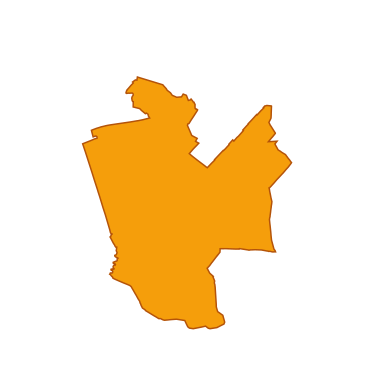 Galgauskas pag., Gulbene, Latvia, rotated 323°
{"feature_id": "27541924B87503038984023", "entity_name": "Galgauskas pag.", "entity_type": "district", "adm_level": 2, "iso_a3": "LVA", "parent_name": "Latvia", "parent_adm1": "Gulbene", "projection": "albers", "projection_center": [26.584, 57.171], "detail": "fine", "context": "isolated", "style": "filled", "palette": "amber", "viewbox_px": 384, "rotation_deg": 323, "n_neighbors": 0, "source": "geoboundaries", "source_scale": "gbopen_adm2", "svg_char_len": 5701}
<svg xmlns="http://www.w3.org/2000/svg" viewBox="0 0 384 384"><g transform="rotate(323 192 192)"><path d="M307.2,171.1L306.4,170.3L303.8,167.9L302.1,167.3L301.9,167.1L299.8,167.5L299.9,168.0L298.0,168.3L295.7,168.6L292.6,169.2L290.3,169.6L290.3,169.1L288.8,169.3L286.4,169.8L283.1,170.4L277.8,171.3L277.7,171.7L275.6,172.0L269.9,173.1L270.0,173.9L267.5,174.4L262.6,175.4L260.7,175.5L256.1,176.5L256.1,176.4L255.9,174.9L250.2,176.0L250.0,176.6L247.4,177.0L245.0,177.5L242.0,177.9L241.9,177.6L236.5,178.5L229.5,179.7L229.5,180.1L227.9,180.4L224.8,180.8L218.8,181.8L218.3,180.2L218.0,178.9L215.3,169.4L214.4,166.0L213.8,163.7L212.9,159.7L218.4,158.5L220.7,158.1L223.5,157.7L226.8,157.1L225.3,153.7L228.4,152.3L226.3,147.8L225.8,146.7L226.2,145.1L226.3,144.7L227.3,140.6L228.4,136.1L229.7,135.1L230.8,135.5L234.1,134.2L235.2,133.8L238.9,132.5L243.5,130.8L244.9,130.3L245.9,129.8L245.6,128.5L245.1,128.4L244.8,127.2L245.5,126.0L247.2,123.8L247.3,122.2L247.6,121.8L247.6,121.3L247.1,120.6L247.3,119.9L247.2,117.2L246.3,117.5L244.2,116.7L245.7,111.4L243.9,108.5L240.9,109.7L236.7,107.1L236.4,106.4L234.4,102.9L234.5,99.9L234.0,98.0L233.4,95.9L233.4,95.6L233.6,94.4L233.5,93.9L233.6,93.7L233.3,90.7L233.2,88.8L218.8,69.0L217.6,67.3L215.3,69.5L214.2,68.4L210.7,68.4L210.8,69.0L210.7,69.6L206.9,70.2L206.7,70.3L201.5,71.4L201.5,71.5L201.4,71.6L201.2,71.7L200.9,71.7L200.6,71.8L200.4,72.0L200.2,72.1L198.9,73.1L198.9,73.3L198.9,73.6L199.1,73.9L199.2,74.0L200.5,74.6L201.3,75.3L203.8,77.0L204.0,77.3L204.0,77.5L204.0,77.9L204.0,78.1L203.8,78.6L203.5,79.1L203.3,79.3L203.0,79.4L202.4,79.6L201.9,79.7L201.6,79.9L201.2,80.1L200.4,80.8L200.2,81.1L200.0,81.4L199.7,82.1L199.4,82.5L199.3,82.9L199.1,83.6L199.1,83.9L199.1,84.2L199.2,84.5L199.4,84.6L197.5,87.0L196.2,88.7L200.4,93.9L200.7,96.3L201.5,99.7L201.9,101.4L203.1,101.6L203.7,103.6L202.9,104.9L202.8,106.8L202.7,106.9L202.7,107.4L199.1,105.9L196.0,104.6L193.3,103.3L192.0,102.7L190.4,101.8L187.7,100.4L184.8,98.9L168.2,89.8L166.1,88.7L164.1,87.7L163.0,87.2L161.1,86.4L158.4,85.2L157.1,84.8L154.1,83.7L150.0,82.5L148.8,82.2L148.2,83.6L146.2,88.5L148.0,89.0L148.3,89.2L148.7,89.3L148.9,89.5L149.3,90.0L149.4,90.6L149.3,90.9L149.1,91.2L148.5,91.9L148.4,91.8L146.6,91.2L146.2,91.0L142.4,90.1L133.7,87.7L132.9,90.1L131.4,94.5L131.3,94.9L126.3,109.3L124.0,115.9L121.0,124.3L119.0,130.1L118.0,133.0L117.1,135.4L115.8,139.2L115.6,139.8L111.5,151.0L109.1,158.0L103.6,172.6L102.4,175.4L102.3,176.7L102.3,176.8L102.7,177.1L103.4,177.6L102.7,177.5L101.7,177.5L101.5,177.8L100.3,178.5L100.2,178.7L100.0,178.8L99.8,178.8L99.5,178.7L99.3,180.1L98.3,186.1L98.3,186.5L98.3,186.8L98.4,187.0L97.9,189.3L98.1,189.9L98.0,190.1L98.0,190.3L98.3,190.4L98.4,190.5L98.7,190.8L98.3,191.1L97.4,192.1L96.8,192.7L96.5,192.9L96.3,193.1L96.2,193.3L96.0,193.9L95.9,194.5L95.8,194.8L95.7,195.2L95.5,195.5L94.9,195.8L94.0,196.4L93.6,196.5L93.2,196.4L92.8,196.3L92.4,196.1L92.2,196.1L91.9,196.5L91.8,196.9L91.8,197.4L92.4,199.0L92.6,199.4L93.0,199.8L93.1,200.3L92.0,200.4L91.0,201.7L90.2,201.8L89.5,201.4L88.2,201.1L87.5,201.0L86.9,200.7L86.3,201.2L86.4,201.8L87.3,203.1L87.2,203.9L86.4,204.2L86.0,203.6L85.3,203.5L84.8,203.7L84.0,204.2L83.5,205.2L83.6,206.3L83.1,206.6L82.7,206.3L82.2,205.6L81.7,205.3L80.8,205.0L80.4,205.9L80.7,206.3L81.1,206.5L81.2,206.9L80.8,207.9L79.9,208.6L79.1,208.5L78.6,207.8L77.7,207.6L77.3,208.1L76.8,208.2L77.1,209.0L77.1,210.6L77.3,211.6L77.3,212.0L77.2,212.7L77.1,213.0L77.0,213.3L78.0,215.3L79.8,218.5L82.6,223.4L84.8,227.0L86.1,229.3L86.5,231.0L86.4,231.5L86.2,232.9L86.1,234.1L85.4,239.5L85.3,240.6L84.6,245.4L84.5,247.6L84.4,247.8L83.7,249.6L83.7,250.2L83.1,252.0L82.7,254.3L82.6,254.9L83.3,256.9L83.7,258.3L83.5,258.7L86.4,266.0L87.3,268.3L87.9,269.6L89.3,273.2L90.8,274.3L91.3,275.5L92.0,276.8L92.9,277.9L94.4,278.8L95.3,279.4L97.2,280.5L99.9,282.2L103.0,284.2L104.1,285.3L108.9,290.3L108.1,294.0L107.5,297.1L108.0,299.1L110.7,301.9L118.1,305.5L122.1,307.3L123.0,310.6L124.1,312.0L130.3,315.3L135.5,316.2L138.0,316.7L139.8,315.6L142.4,309.0L141.0,304.5L140.7,303.7L140.6,303.3L140.6,303.0L140.6,302.7L141.7,299.8L142.3,298.3L142.6,297.9L143.9,296.1L144.6,295.0L153.1,282.1L154.5,279.7L154.8,278.8L155.0,278.4L155.2,278.0L155.9,277.2L156.5,276.8L157.8,272.1L158.2,272.1L157.3,267.5L158.2,262.0L161.8,261.4L165.3,260.3L165.9,260.2L174.1,257.9L174.1,258.0L178.1,256.9L180.0,254.6L180.3,254.2L185.3,257.9L189.9,261.7L192.6,263.9L194.4,265.2L195.3,266.0L195.5,265.9L195.5,265.7L195.9,265.8L198.2,268.2L201.8,271.9L202.2,272.4L202.6,272.8L203.2,273.1L203.5,273.2L207.7,276.1L212.6,280.1L216.6,284.5L217.1,284.9L217.4,285.5L217.6,285.7L218.6,286.3L220.0,288.1L222.7,290.1L223.1,288.7L223.1,286.9L226.5,278.4L227.5,276.7L228.7,274.7L230.6,271.7L234.1,265.9L235.2,264.0L236.8,261.4L237.1,260.8L238.6,259.3L238.8,259.1L239.1,259.0L239.6,258.5L240.2,257.8L241.9,256.1L242.8,255.2L243.6,254.3L246.0,251.9L247.1,250.7L248.2,249.7L250.0,247.8L251.6,244.1L252.2,242.9L253.0,241.3L254.3,238.5L255.4,236.5L255.9,235.3L256.0,235.4L257.0,235.2L258.5,235.0L259.4,234.8L262.7,234.2L267.1,233.2L273.5,232.1L274.6,231.9L276.0,231.7L278.7,231.1L280.3,230.7L284.0,230.0L288.2,228.8L289.2,228.4L289.2,228.1L289.1,227.1L289.2,225.6L289.1,222.4L289.1,221.2L289.2,220.8L289.1,220.5L289.2,218.4L288.7,217.2L287.5,214.2L287.4,213.8L287.3,213.7L287.3,213.4L287.1,212.6L286.6,211.5L286.1,210.0L286.4,208.4L286.9,204.7L287.2,203.5L287.3,203.5L290.5,202.6L286.7,200.1L283.3,197.8L288.0,196.7L288.4,196.6L288.7,196.6L290.5,196.2L292.8,195.6L293.7,195.4L293.8,195.3L294.0,195.1L294.3,191.4L294.7,186.5L294.6,186.3L295.3,182.7L297.9,181.4L298.0,181.4L298.9,180.9L299.6,180.5L301.8,177.9L301.9,177.7L305.9,172.8L307.2,171.2L307.2,171.1Z" fill="#f59e0b" stroke="#b45309" stroke-width="1.5"/></g></svg>